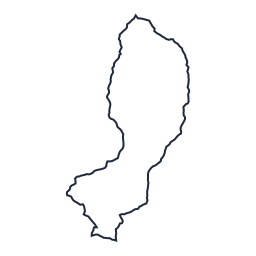 outline of Adamantina, São Paulo, Brazil
{"feature_id": "56859067B23396794935323", "entity_name": "Adamantina", "entity_type": "district", "adm_level": 2, "iso_a3": "BRA", "parent_name": "Brazil", "parent_adm1": "São Paulo", "projection": "orthographic", "projection_center": [-51.067, -21.582], "detail": "fine", "context": "isolated", "style": "outline", "palette": "slate", "viewbox_px": 256, "rotation_deg": 0, "n_neighbors": 0, "source": "geoboundaries", "source_scale": "gbopen_adm2", "svg_char_len": 3027}
<svg xmlns="http://www.w3.org/2000/svg" viewBox="0 0 256 256"><path d="M173.0,39.3L171.1,39.2L168.9,39.8L166.0,38.9L164.1,37.4L162.5,36.6L160.8,35.4L158.9,34.2L156.9,33.2L154.3,31.1L154.6,28.6L152.4,26.3L151.5,24.5L150.4,22.8L149.2,20.6L146.9,20.0L142.8,18.8L139.9,18.4L138.1,18.4L136.9,17.1L135.7,15.4L134.7,17.3L133.8,18.8L132.2,19.8L130.9,21.2L129.4,22.7L127.2,24.2L126.9,27.5L125.3,29.5L123.7,30.7L121.9,32.5L119.8,34.5L119.6,36.6L118.8,39.1L120.2,41.1L120.4,44.1L121.7,47.4L120.5,49.7L119.5,51.7L120.7,54.0L119.3,55.0L119.0,57.2L118.1,58.9L116.8,60.1L115.4,61.5L114.0,63.7L113.9,66.3L112.3,68.1L112.7,70.4L113.1,72.4L111.4,75.4L110.6,79.1L110.8,81.7L110.0,83.8L108.8,86.2L108.2,88.7L108.9,90.5L109.1,92.7L107.5,95.3L106.9,97.2L108.3,99.4L109.8,101.9L110.4,104.2L110.2,105.9L109.7,108.1L109.3,110.4L109.5,112.5L108.7,114.7L109.4,117.4L111.1,118.9L113.2,119.5L114.7,121.0L116.2,122.7L116.9,125.0L117.5,126.9L119.0,128.3L120.8,129.8L122.1,132.2L123.3,134.3L122.9,136.4L123.1,139.5L123.5,142.7L123.5,146.1L122.7,148.5L121.3,150.0L119.9,151.6L118.9,154.2L118.3,156.4L117.8,158.1L115.1,159.5L112.3,161.0L110.0,161.4L107.4,161.4L106.5,164.0L106.3,166.2L104.7,168.0L101.8,169.0L99.6,169.5L97.7,169.9L95.7,170.4L94.0,171.2L92.9,172.7L90.8,173.8L89.1,174.4L86.7,174.1L84.3,175.0L81.5,175.5L79.0,176.5L77.0,176.7L75.1,178.4L75.5,181.4L75.6,183.4L73.9,184.5L72.0,185.3L70.4,186.6L69.9,189.0L68.8,190.6L67.2,191.8L66.8,193.6L67.2,195.3L69.1,195.7L71.3,196.7L72.1,198.5L73.6,200.6L75.5,201.8L77.6,202.9L80.2,204.7L82.9,204.3L84.1,206.5L85.0,211.2L83.7,214.4L86.1,215.6L88.3,216.4L89.5,217.9L91.2,220.1L93.1,222.3L94.9,224.3L96.7,227.3L94.1,227.3L93.1,230.8L91.8,233.2L91.7,235.8L93.8,235.1L96.0,234.5L98.0,234.7L100.2,236.0L101.9,236.7L103.7,237.8L105.9,237.9L107.5,238.2L109.5,238.1L112.3,239.7L114.2,239.9L116.2,240.6L115.8,237.3L115.8,235.5L116.2,233.5L115.8,229.2L117.3,228.1L118.8,226.1L119.9,223.5L122.0,223.2L122.8,221.4L122.2,219.5L120.8,217.4L119.8,215.0L121.9,214.1L124.2,214.3L126.2,213.4L130.5,212.1L134.9,209.3L138.1,208.8L139.5,206.6L141.1,206.1L142.5,205.0L144.1,204.3L146.3,203.5L147.5,200.4L146.9,197.6L147.3,195.9L147.2,193.4L147.2,191.0L147.8,188.3L148.1,185.4L148.4,182.7L147.9,180.4L148.0,177.1L148.0,174.5L148.3,172.2L149.7,169.8L151.0,168.1L153.0,166.3L155.6,165.3L157.3,163.9L159.1,162.6L160.8,161.1L161.0,159.2L162.6,157.3L163.9,155.1L164.7,152.9L165.0,150.6L165.7,148.9L166.4,146.7L168.5,145.2L169.7,144.0L170.6,142.2L172.6,140.9L174.8,139.3L176.7,137.0L178.5,135.1L181.0,133.5L181.2,131.1L180.6,129.4L180.7,127.5L181.6,125.5L182.7,123.6L184.0,121.3L185.0,119.1L185.0,117.2L183.8,115.5L183.5,113.1L183.8,110.3L183.4,107.0L186.0,104.1L187.9,103.4L188.6,101.7L188.5,99.0L188.4,97.1L188.1,94.5L189.2,91.4L188.7,89.3L187.6,87.1L188.3,84.5L188.6,81.6L188.8,79.2L188.4,77.3L188.5,74.6L187.3,71.4L188.0,69.4L188.5,67.1L186.4,64.9L187.3,62.5L186.6,59.4L185.6,57.7L185.3,55.6L184.2,53.4L182.8,51.2L181.9,48.3L179.6,46.3L177.8,43.9L176.1,42.9L174.2,41.7L173.0,39.3Z" fill="none" stroke="#1e293b" stroke-width="2"/></svg>